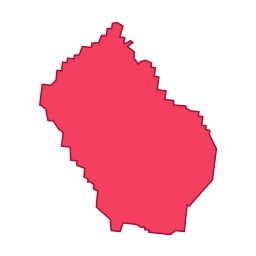 Jefferson, Alabama, United States of America, rotated 96°
{"feature_id": "52423323B83509298228219", "entity_name": "Jefferson", "entity_type": "district", "adm_level": 2, "iso_a3": "USA", "parent_name": "United States of America", "parent_adm1": "Alabama", "projection": "albers", "projection_center": [-86.946, 33.545], "detail": "fine", "context": "isolated", "style": "filled", "palette": "rose", "viewbox_px": 256, "rotation_deg": 96, "n_neighbors": 0, "source": "geoboundaries", "source_scale": "gbopen_adm2", "svg_char_len": 1404}
<svg xmlns="http://www.w3.org/2000/svg" viewBox="0 0 256 256"><g transform="rotate(96 128 128)"><path d="M121.9,46.3L121.4,50.7L117.5,50.6L117.6,55.0L108.8,54.8L108.8,59.2L104.4,59.2L104.4,67.0L102.3,72.4L100.1,72.4L100.3,84.9L95.9,85.5L95.8,94.3L87.0,94.1L87.0,102.9L74.0,102.7L74.0,107.2L65.2,107.1L65.1,111.4L60.8,111.4L58.8,117.6L60.7,122.6L63.5,124.5L57.4,129.7L51.7,129.5L47.2,137.1L42.6,132.1L40.9,134.7L43.1,137.4L44.5,141.1L38.4,140.6L38.5,145.6L27.1,143.7L24.2,150.2L25.7,154.5L31.1,154.7L31.1,158.9L38.6,159.3L38.6,163.8L46.3,166.2L47.4,172.9L51.8,173.0L51.7,181.9L60.4,184.2L61.1,188.8L64.8,188.8L64.9,193.3L64.9,195.4L69.3,195.4L69.3,199.8L78.1,200.0L78.2,204.6L88.1,204.6L93.6,209.1L93.6,211.6L93.6,217.8L103.4,218.0L114.5,218.1L114.6,216.0L115.7,215.4L115.7,215.0L117.9,211.6L128.8,208.4L128.8,202.9L136.5,196.8L137.6,194.0L139.8,192.0L150.7,192.1L152.9,192.2L153.0,188.8L153.0,183.5L166.0,181.6L166.1,175.0L170.4,175.1L172.6,166.8L181.2,166.7L183.1,162.4L185.7,162.4L185.6,159.7L186.1,159.2L187.8,156.0L192.2,155.9L193.9,151.5L204.2,151.4L209.8,151.3L220.8,136.0L231.7,134.0L231.8,127.4L231.8,125.1L222.9,122.9L223.0,109.5L225.2,105.1L225.1,100.7L227.3,100.7L227.3,96.4L229.6,96.4L229.5,94.2L229.5,74.5L225.1,70.2L225.0,61.2L216.2,61.2L213.6,61.2L198.7,61.1L199.3,59.0L170.7,38.6L163.3,38.5L139.4,37.9L126.2,46.3L121.9,46.3Z" fill="#f43f5e" stroke="#9f1239" stroke-width="1.5"/></g></svg>